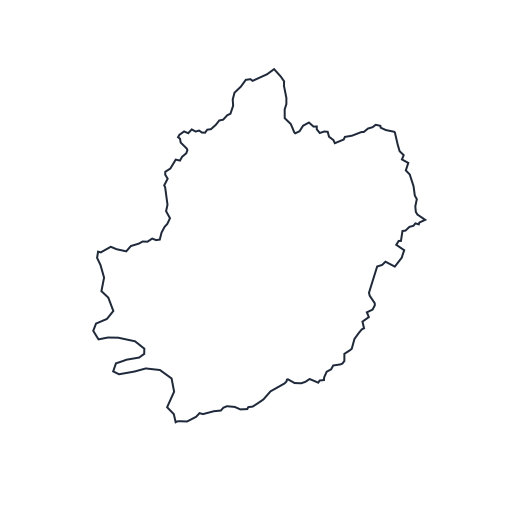 the district of Río Grande, Puerto Rico, rotated 216°
{"feature_id": "32010507B30311265398207", "entity_name": "Río Grande", "entity_type": "district", "adm_level": 2, "iso_a3": "PRI", "parent_name": "Puerto Rico", "parent_adm1": "", "projection": "robinson", "projection_center": [-65.81, 18.348], "detail": "fine", "context": "isolated", "style": "outline", "palette": "slate", "viewbox_px": 512, "rotation_deg": 216, "n_neighbors": 0, "source": "geoboundaries", "source_scale": "gbopen_adm2", "svg_char_len": 2784}
<svg xmlns="http://www.w3.org/2000/svg" viewBox="0 0 512 512"><g transform="rotate(216 256 256)"><path d="M367.8,392.5L367.8,384.1L369.4,375.5L366.8,368.9L362.8,364.1L360.3,356.1L362.0,353.0L362.7,347.0L365.4,344.0L365.6,338.6L367.0,332.1L369.7,329.5L369.7,325.8L372.3,324.1L375.8,324.0L378.0,321.2L382.4,320.6L383.0,315.5L387.4,314.5L389.2,309.0L388.9,306.3L386.4,306.2L383.6,303.5L375.1,302.2L373.7,301.3L372.8,298.1L374.1,292.9L373.6,288.5L377.6,286.8L376.7,276.4L378.9,270.8L377.2,268.4L372.9,266.6L371.8,259.2L369.9,258.2L357.7,245.4L355.1,239.4L347.8,236.0L346.6,229.7L347.1,226.1L346.2,219.5L343.5,212.7L346.2,210.1L350.2,209.1L352.2,203.8L356.2,201.1L358.1,197.1L363.1,190.5L363.7,183.5L372.9,179.5L378.9,178.1L383.7,167.7L386.3,166.7L383.5,161.1L376.5,157.3L374.9,156.0L373.7,155.1L366.2,149.2L362.3,140.8L360.4,136.7L356.4,136.2L351.0,135.5L341.0,128.9L339.1,127.7L339.6,117.5L345.7,107.3L343.7,99.8L338.9,97.8L334.4,96.0L327.9,103.0L322.9,106.5L319.5,108.9L316.1,110.4L303.7,115.9L295.0,115.5L291.9,115.4L288.9,111.1L290.9,105.1L299.8,96.0L301.8,93.0L306.2,86.8L303.7,78.7L298.5,79.6L297.3,79.8L286.4,91.1L279.6,99.6L279.0,100.3L275.1,102.5L266.7,107.3L264.7,107.3L252.3,107.3L242.5,98.1L239.3,82.7L239.0,81.4L229.6,79.8L223.3,74.3L222.5,75.9L220.6,77.5L214.5,81.6L209.9,90.8L209.3,95.7L206.0,96.9L198.8,105.7L193.6,110.3L193.2,114.2L191.2,117.4L184.5,121.4L178.5,122.7L173.1,127.0L173.4,129.2L170.2,132.2L168.5,136.5L165.7,144.3L164.7,155.1L158.0,169.7L157.6,172.4L158.3,174.2L157.7,175.0L150.1,175.9L144.6,179.6L142.1,183.2L140.3,188.0L131.2,190.1L131.3,192.7L128.1,195.6L129.5,197.8L130.8,203.9L128.6,208.5L129.2,212.8L124.0,217.9L122.9,219.7L122.8,223.0L127.0,228.8L124.6,235.0L124.0,237.2L127.6,246.8L127.6,254.1L127.3,258.8L126.1,261.0L131.3,265.5L128.8,272.9L133.2,275.6L130.2,281.1L130.9,286.0L132.2,287.6L140.7,290.7L143.0,292.7L151.8,318.7L148.7,322.9L147.9,327.5L137.5,329.0L137.4,330.4L137.1,340.3L138.0,342.9L139.5,347.8L149.1,347.5L149.4,352.1L147.6,353.4L152.2,362.3L150.0,364.4L149.0,369.7L146.4,373.0L146.2,376.1L142.9,377.3L143.5,379.1L140.4,384.7L149.7,384.4L152.6,385.6L156.3,389.8L159.3,396.5L163.0,398.2L169.5,405.0L179.5,412.3L185.1,413.3L187.5,420.8L194.7,419.9L195.8,424.4L201.4,425.2L206.6,429.2L216.3,437.6L217.3,437.7L225.0,434.2L230.5,433.1L231.9,434.4L236.3,432.5L237.4,428.7L240.3,425.0L241.7,419.7L243.6,418.2L249.1,409.7L254.1,404.6L253.5,401.8L258.5,393.6L261.6,395.3L267.0,395.4L271.0,398.6L273.9,396.9L276.7,393.0L281.3,394.2L283.0,396.5L285.5,394.5L291.6,395.1L294.5,389.1L294.1,382.5L296.4,378.3L297.7,378.5L301.7,381.0L305.4,383.2L313.8,384.4L319.0,391.5L320.7,396.7L324.3,401.7L333.4,410.1L335.9,413.8L341.3,415.7L351.2,417.8L353.8,409.7L361.7,395.7L364.4,395.8L367.8,392.5Z" fill="none" stroke="#1e293b" stroke-width="2"/></g></svg>